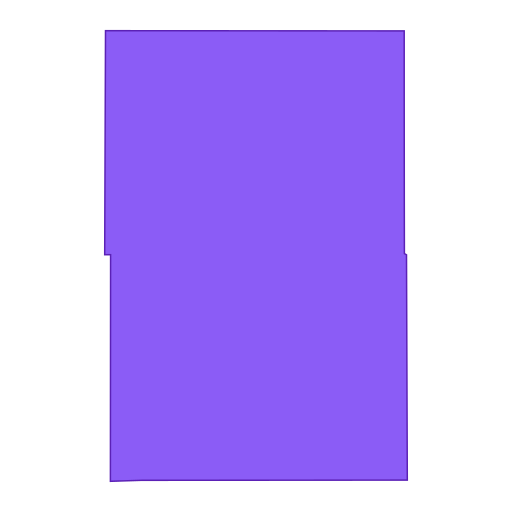 Hand, South Dakota, United States of America (Equal Earth projection)
{"feature_id": "52423323B54672876637776", "entity_name": "Hand", "entity_type": "district", "adm_level": 2, "iso_a3": "USA", "parent_name": "United States of America", "parent_adm1": "South Dakota", "projection": "equal_earth", "projection_center": [-98.973, 44.546], "detail": "fine", "context": "isolated", "style": "filled", "palette": "violet", "viewbox_px": 512, "rotation_deg": 0, "n_neighbors": 0, "source": "geoboundaries", "source_scale": "gbopen_adm2", "svg_char_len": 296}
<svg xmlns="http://www.w3.org/2000/svg" viewBox="0 0 512 512"><path d="M110.4,481.3L141.8,480.3L295.7,480.2L407.3,480.1L406.5,254.8L404.4,253.6L404.3,199.1L404.2,87.8L404.2,30.9L398.7,30.9L105.5,30.7L104.7,254.7L110.6,254.7L110.4,481.3Z" fill="#8b5cf6" stroke="#5b21b6" stroke-width="1.5"/></svg>